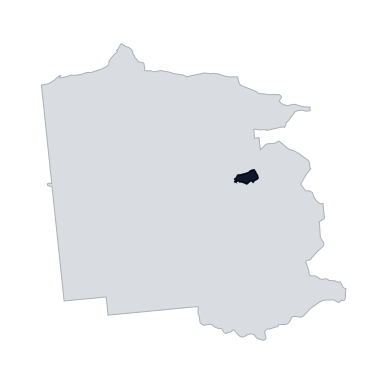 Ar Rahad, North Kordufan, Sudan shown in context, rotated 264°
{"feature_id": "16777658B34397203362025", "entity_name": "Ar Rahad", "entity_type": "district", "adm_level": 2, "iso_a3": "SDN", "parent_name": "Sudan", "parent_adm1": "North Kordufan", "projection": "robinson", "projection_center": [30.672, 12.815], "detail": "fine", "context": "in_parent", "style": "filled", "palette": "ink", "viewbox_px": 384, "rotation_deg": 264, "n_neighbors": 0, "source": "geoboundaries", "source_scale": "gbopen_adm2", "svg_char_len": 5301}
<svg xmlns="http://www.w3.org/2000/svg" viewBox="0 0 384 384"><g transform="rotate(264 192 192)"><path d="M264.2,318.2L260.7,318.1L260.4,317.2L260.4,314.7L260.8,312.7L262.1,309.7L261.8,308.0L261.9,305.6L261.0,302.9L252.7,295.1L251.0,293.0L246.6,291.0L247.3,288.8L245.5,272.9L246.4,271.0L246.6,268.2L246.6,265.8L247.7,261.7L247.8,259.9L238.9,259.8L238.8,261.6L239.2,263.6L239.2,264.3L226.9,264.4L231.8,270.7L232.1,273.4L231.8,276.8L231.9,279.0L232.1,280.4L233.5,283.2L233.4,283.8L233.1,284.4L224.3,292.8L222.9,296.7L221.7,298.7L219.2,302.1L211.2,311.0L209.9,311.6L203.8,311.9L203.2,312.1L202.7,312.5L197.3,307.2L188.5,300.9L182.7,304.2L181.1,305.4L181.1,308.4L180.2,310.0L178.7,311.7L174.4,312.7L172.2,313.6L169.5,315.3L166.9,318.2L166.7,319.7L167.0,321.0L152.2,321.0L151.2,319.9L149.1,315.2L147.6,315.5L134.1,314.9L132.2,315.4L128.3,317.4L126.4,317.7L124.4,316.8L117.3,307.5L115.8,306.4L114.2,304.2L112.7,303.2L112.2,302.5L112.0,301.5L112.1,299.5L111.6,298.2L110.5,297.9L100.9,300.0L99.6,299.8L97.6,300.2L96.9,300.6L96.1,301.8L95.9,304.3L95.7,305.6L94.9,307.0L92.2,310.2L91.6,311.5L91.7,315.0L91.5,316.8L91.1,317.6L89.9,318.9L89.5,319.7L89.0,324.1L87.5,326.8L87.2,327.8L87.1,329.7L86.8,330.3L82.5,331.8L80.9,332.8L79.9,334.3L79.7,335.0L77.8,334.4L75.5,334.0L71.0,333.5L69.2,332.8L68.3,331.8L68.6,329.1L68.2,328.5L67.5,328.0L67.0,326.9L67.1,325.5L69.5,322.4L70.0,320.7L70.6,312.9L70.4,310.5L68.6,306.1L64.3,298.6L63.3,297.1L57.9,290.9L57.3,290.0L56.0,287.4L57.5,281.6L57.6,280.0L57.2,278.4L55.9,277.1L54.7,277.0L53.1,275.5L52.0,274.8L51.1,273.4L50.5,271.5L51.0,264.7L50.7,263.8L49.3,263.6L49.0,263.1L49.1,261.8L48.3,257.9L47.5,254.8L48.0,253.0L46.9,250.6L44.7,249.5L40.4,250.3L39.0,250.2L38.1,249.8L37.5,248.9L37.1,247.8L37.5,246.3L38.7,243.4L40.2,241.0L43.4,238.9L44.2,237.7L44.7,236.4L44.8,235.0L44.6,233.4L44.2,232.0L43.3,230.2L42.5,228.0L42.5,226.5L42.9,225.5L43.8,224.2L46.9,221.7L50.0,219.6L50.6,218.9L50.4,218.0L48.9,216.3L48.5,213.0L47.7,210.7L49.3,208.9L50.5,208.3L52.4,207.8L53.1,207.0L53.3,205.6L53.3,204.3L53.9,203.3L54.9,201.2L55.6,200.2L58.0,197.7L58.6,196.1L58.7,194.6L58.1,189.9L59.5,187.9L61.3,186.3L63.9,186.4L67.8,186.1L70.5,185.4L72.5,185.4L76.8,186.3L77.3,185.9L77.5,184.7L78.3,95.6L96.4,95.7L96.6,95.5L97.0,53.4L210.7,53.4L211.7,53.3L213.5,49.3L214.2,49.0L215.4,49.3L215.8,50.2L214.9,53.4L314.1,53.4L314.4,58.2L315.2,62.0L318.1,67.6L320.5,70.5L321.4,72.1L321.5,72.9L321.4,73.6L320.7,72.8L319.4,72.2L319.3,74.8L319.9,80.1L321.0,83.8L320.3,87.2L320.4,93.0L321.8,100.0L321.5,104.4L323.7,114.7L325.8,120.5L326.9,121.9L328.2,122.6L330.6,123.1L334.1,126.1L336.9,129.1L337.9,130.8L339.3,132.5L340.2,132.2L340.8,131.7L341.7,133.2L346.2,136.3L346.9,137.7L345.3,139.1L343.5,141.5L342.6,143.8L342.1,144.5L340.7,145.9L340.4,146.6L339.8,147.0L339.1,147.0L337.6,147.8L336.2,147.6L334.8,148.0L334.3,148.5L333.3,149.0L331.8,149.2L329.5,151.1L327.5,152.1L326.8,152.8L325.8,156.6L325.0,157.6L322.0,157.7L320.6,158.0L318.6,157.6L317.6,157.7L317.4,158.5L317.0,161.7L317.1,163.1L315.5,166.9L316.0,173.8L314.4,179.0L314.2,180.2L312.6,184.3L311.8,185.8L309.8,193.5L309.0,195.9L307.2,198.4L309.1,216.9L307.7,222.5L307.8,225.6L306.7,230.2L305.9,232.3L304.6,234.8L303.5,237.7L302.5,241.4L301.9,248.5L301.6,249.2L296.3,250.1L294.6,250.6L293.5,251.4L292.1,253.2L289.5,258.2L288.0,261.2L285.8,265.4L283.2,268.4L282.7,269.8L282.3,272.5L281.3,276.8L280.5,279.8L280.6,282.2L279.8,286.5L280.0,288.5L279.1,289.7L277.8,290.7L277.0,291.0L273.3,288.2L270.7,290.1L269.1,292.9L267.8,295.6L268.6,301.5L268.5,302.7L268.2,304.1L265.7,309.9L265.0,312.5L264.2,317.1L264.2,318.2Z" fill="#d9dde1" stroke="#a8b0b8" stroke-width="1"/><path d="M206.6,251.9L206.4,251.8L206.3,251.6L205.5,250.3L205.1,248.6L204.8,248.3L204.8,246.9L204.5,245.9L204.4,244.3L204.1,243.0L203.9,241.9L203.8,241.4L204.0,241.3L204.0,241.2L203.9,241.1L204.0,240.8L204.1,240.2L204.2,239.7L202.9,238.3L201.8,238.4L201.7,238.3L201.2,237.1L201.1,236.9L200.8,236.4L200.4,235.8L199.8,236.1L199.5,236.3L199.3,236.4L199.0,236.6L198.9,236.6L198.7,236.7L198.4,236.4L198.2,236.3L198.0,235.6L197.7,235.5L197.5,236.0L197.3,236.4L197.5,236.3L198.0,237.4L198.0,237.6L198.0,237.9L198.2,238.2L198.3,239.5L197.9,239.8L196.9,240.7L197.0,241.2L197.3,241.6L196.8,242.6L196.7,242.7L195.0,246.4L194.7,246.6L194.4,246.8L194.3,247.0L194.3,247.3L194.5,247.6L194.6,247.9L194.8,248.1L195.4,249.2L196.4,250.3L196.5,250.2L196.8,250.7L197.0,252.3L196.5,252.8L196.3,252.9L196.1,253.1L195.5,253.6L195.4,253.7L195.3,253.8L195.5,254.0L196.0,254.5L196.3,254.5L196.6,254.8L196.8,255.0L196.9,255.3L197.0,255.4L197.0,255.5L197.1,255.8L197.2,256.0L197.3,256.4L197.4,256.6L197.5,257.0L197.7,257.4L197.8,257.7L197.8,257.8L197.9,258.0L198.1,258.2L198.2,258.3L198.3,258.4L198.4,258.5L198.5,258.6L198.7,258.8L198.8,258.9L198.8,259.0L199.1,259.2L199.3,259.1L200.0,259.0L201.5,258.9L202.1,258.6L202.4,258.5L202.5,258.4L203.2,258.1L203.5,257.9L204.1,257.6L204.7,257.4L205.0,257.4L205.5,257.3L205.7,257.2L205.8,257.1L205.8,256.8L205.9,256.7L206.0,256.6L206.4,256.5L206.9,256.5L207.0,256.5L207.4,256.4L207.5,256.2L207.4,255.8L207.4,255.7L207.4,255.4L207.5,255.4L207.5,255.1L207.5,254.9L207.5,254.7L207.5,254.4L207.4,254.3L207.4,254.2L207.3,253.8L207.3,253.3L207.1,253.0L207.1,252.7L206.9,252.4L206.8,252.2L206.6,252.0L206.6,251.9L206.6,251.9Z" fill="#0f172a" stroke="#020617" stroke-width="1.5"/></g></svg>